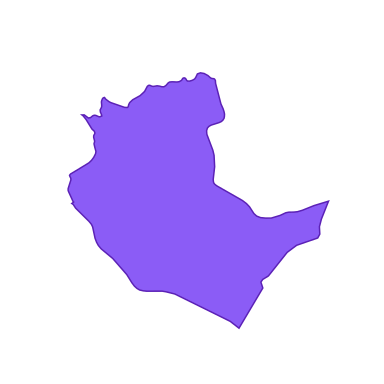 the State of Central Equatoria, rotated 117°
{"feature_id": "SDS-865", "entity_name": "Central Equatoria", "entity_type": "State", "adm_level": 1, "iso_a3": "SSD", "parent_name": "South Sudan", "parent_adm1": "", "projection": "robinson", "projection_center": [30.797, 4.842], "detail": "fine", "context": "isolated", "style": "filled", "palette": "violet", "viewbox_px": 384, "rotation_deg": 117, "n_neighbors": 0, "source": "natural_earth", "source_scale": "10m", "svg_char_len": 2381}
<svg xmlns="http://www.w3.org/2000/svg" viewBox="0 0 384 384"><g transform="rotate(117 192 192)"><path d="M84.3,240.8L82.0,238.6L80.9,235.0L81.0,230.7L81.8,227.7L81.9,226.7L81.8,225.8L81.2,224.2L81.1,223.3L81.6,222.4L82.0,221.8L84.5,220.3L100.4,206.2L103.7,202.1L105.8,200.0L107.8,198.4L110.0,197.4L111.8,196.9L114.1,197.1L116.0,197.9L117.9,199.4L123.6,205.2L125.8,206.7L128.0,207.3L130.8,206.8L133.8,205.0L145.3,192.4L149.3,189.0L159.2,183.3L171.2,178.8L173.2,177.5L174.2,176.5L174.7,175.4L175.0,174.2L175.3,172.1L176.7,143.1L177.6,138.2L179.1,134.0L183.1,127.1L184.1,123.5L183.7,119.3L181.8,114.5L179.2,109.5L172.9,102.9L167.9,99.0L166.1,96.7L163.7,92.2L161.7,89.1L158.2,85.4L148.7,77.1L138.2,66.2L157.4,64.4L165.1,62.7L171.5,59.0L175.9,59.1L192.0,74.6L202.6,79.8L232.1,85.8L237.8,89.3L241.0,89.7L245.4,85.3L292.0,88.3L289.9,99.3L290.7,161.1L292.7,169.8L293.9,173.6L300.9,187.2L302.2,190.6L303.1,194.2L302.9,197.3L302.0,200.6L300.2,204.3L295.2,212.6L287.2,232.5L283.9,247.1L282.2,251.1L280.1,254.2L277.2,257.4L268.2,264.7L266.5,266.9L264.9,270.5L259.2,288.4L257.0,292.2L256.8,293.9L255.0,293.0L254.7,292.9L254.6,293.5L247.6,302.3L246.8,303.1L245.2,303.9L240.5,304.7L236.2,305.4L234.7,306.3L233.7,307.7L233.6,307.8L232.7,308.7L231.1,308.4L220.0,301.5L212.8,297.1L209.4,295.9L205.8,295.3L201.7,295.3L199.5,296.0L196.3,298.9L193.9,300.9L193.2,301.3L191.5,301.6L190.7,302.0L188.0,304.4L186.8,305.0L186.0,305.2L184.2,305.1L183.3,305.5L182.4,306.4L181.9,307.5L181.7,308.6L181.3,309.8L175.5,319.3L173.6,323.5L173.3,325.0L172.2,323.0L173.1,317.9L171.8,316.2L169.1,315.0L168.0,314.0L167.4,312.5L167.2,309.1L166.8,308.2L165.2,306.9L163.9,308.0L162.4,309.9L160.6,311.1L158.1,311.1L157.1,311.2L155.6,311.9L152.9,313.6L151.8,313.9L150.1,314.1L149.2,314.1L148.4,313.8L147.5,313.0L147.6,312.5L148.1,311.9L148.5,310.7L149.2,306.8L149.2,304.9L147.2,290.5L146.0,287.9L145.1,287.6L144.3,287.7L143.4,288.0L142.6,288.1L140.8,288.1L140.0,287.9L136.7,286.7L129.7,282.0L123.9,279.9L118.2,279.8L116.8,279.2L116.2,278.3L116.0,277.3L116.0,276.2L115.8,275.2L115.3,274.1L113.2,271.3L112.4,269.0L111.9,266.7L111.0,264.8L109.0,263.6L105.4,262.7L104.1,261.8L102.8,259.7L100.8,255.3L99.5,253.5L97.4,252.1L96.4,251.9L95.4,251.9L94.5,251.6L93.8,250.7L93.7,249.5L94.2,248.5L94.9,247.5L95.2,246.5L94.3,244.5L92.4,242.5L90.2,241.0L88.3,240.7L84.3,240.8Z" fill="#8b5cf6" stroke="#5b21b6" stroke-width="1.5"/></g></svg>